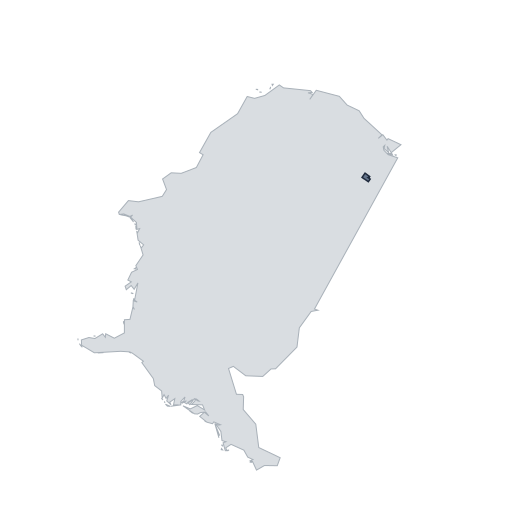 Spokane, Washington, United States of America shown in context, rotated 125°
{"feature_id": "52423323B30314962478279", "entity_name": "Spokane", "entity_type": "district", "adm_level": 2, "iso_a3": "USA", "parent_name": "United States of America", "parent_adm1": "Washington", "projection": "orthographic", "projection_center": [-117.293, 47.654], "detail": "fine", "context": "in_parent", "style": "filled", "palette": "slate", "viewbox_px": 512, "rotation_deg": 125, "n_neighbors": 0, "source": "geoboundaries", "source_scale": "gbopen_adm2", "svg_char_len": 4284}
<svg xmlns="http://www.w3.org/2000/svg" viewBox="0 0 512 512"><g transform="rotate(125 256 256)"><path d="M393.9,159.7L411.3,143.9L407.4,120.5L415.6,118.3L422.8,128.9L431.1,132.8L426.3,141.0L427.2,143.3L424.5,141.7L425.5,147.4L422.0,154.6L424.6,168.4L430.4,170.7L432.1,168.5L430.4,166.9L431.6,167.3L433.1,169.5L427.9,175.8L425.4,174.1L426.7,178.0L419.9,184.1L416.7,192.5L416.0,189.6L414.6,188.3L416.1,195.4L418.3,195.4L420.3,200.9L419.7,210.1L413.6,208.7L414.1,202.9L412.6,207.7L416.0,211.6L418.9,213.1L420.6,215.9L420.6,229.9L419.0,222.2L412.2,218.3L411.6,209.8L408.6,214.4L414.6,223.6L409.4,222.9L408.2,224.1L408.0,220.2L407.5,219.3L407.3,222.6L408.2,224.7L415.8,224.9L415.3,227.5L411.1,225.7L409.9,225.7L415.0,227.9L416.8,227.8L417.1,230.9L414.4,230.0L418.9,232.1L418.5,233.0L416.3,231.9L412.2,233.3L418.3,234.2L421.1,232.2L428.0,239.6L422.4,234.1L425.2,238.2L419.4,240.7L425.2,242.8L426.6,240.3L425.9,246.0L420.1,247.8L424.2,248.0L422.3,251.8L426.2,251.3L420.7,255.9L420.3,264.6L415.3,269.8L408.8,288.4L406.8,287.9L406.5,301.5L407.0,304.5L411.7,312.2L428.0,332.9L429.1,347.7L424.9,350.9L418.6,346.1L416.0,340.6L407.7,337.0L409.0,332.8L405.9,334.5L404.6,324.9L394.5,319.7L383.7,327.2L380.2,322.9L368.6,327.5L369.5,324.9L368.0,327.8L363.0,330.9L361.9,326.9L361.8,330.1L345.8,337.3L353.2,336.7L351.8,341.3L358.0,342.9L355.8,345.9L348.7,343.3L349.2,347.2L340.7,348.6L335.0,345.4L332.8,348.9L319.9,349.1L313.9,356.7L315.4,354.6L311.3,354.4L310.7,361.6L303.9,368.1L305.4,366.3L300.3,367.0L302.5,368.8L297.1,373.2L296.1,381.0L293.2,380.6L295.9,381.9L297.4,388.5L300.4,391.8L298.9,393.7L283.8,392.3L279.0,383.3L260.9,367.0L252.9,367.4L246.5,376.7L236.5,373.2L231.2,364.7L217.7,355.6L203.4,357.4L203.7,361.6L180.6,363.9L150.0,352.7L130.4,354.7L127.7,347.6L119.4,340.8L102.5,335.0L102.5,329.9L89.3,306.2L89.8,303.8L92.5,307.0L90.9,301.9L96.9,301.8L85.7,301.7L77.4,279.3L80.1,267.9L77.9,254.7L81.3,246.5L84.5,222.3L89.5,223.3L83.9,221.7L86.0,215.2L84.1,215.1L81.7,201.1L93.8,204.5L90.9,211.5L95.2,206.7L94.5,212.7L91.5,214.0L93.6,214.4L96.0,212.0L97.2,205.9L94.3,196.2L265.9,177.7L264.9,174.2L269.8,179.0L290.0,179.3L307.1,170.2L337.2,175.3L339.9,178.9L350.8,181.4L360.0,195.7L359.4,211.3L363.9,214.0L380.5,192.7L377.1,187.5L378.4,185.4L389.1,178.4L393.9,159.7ZM423.4,185.0L426.2,182.1L416.9,193.6L423.9,182.8L423.4,185.0ZM94.9,202.1L96.3,206.1L96.2,206.7L94.1,203.6L94.9,202.1ZM300.0,390.7L297.1,385.4L296.7,382.1L297.6,385.5L300.0,390.7ZM427.2,140.8L428.2,142.5L427.5,142.6L427.2,140.8ZM335.6,347.1L336.2,348.3L334.6,347.7L335.6,347.1ZM109.0,341.0L110.9,340.3L111.0,340.5L109.0,341.0ZM106.9,340.4L106.1,341.4L105.4,340.4L106.9,340.4ZM430.9,173.9L430.6,175.6L430.2,175.5L430.9,173.9ZM297.3,378.7L296.7,381.7L298.4,375.8L297.3,378.7ZM423.0,325.9L426.2,330.0L422.6,325.6L423.0,325.9ZM118.9,345.8L119.8,347.3L118.8,346.0L118.9,345.8ZM430.0,348.1L429.1,350.4L430.4,345.9L430.0,348.1ZM429.8,242.5L429.3,245.2L428.3,239.9L429.8,242.5ZM93.4,198.9L93.4,200.0L92.7,199.4L93.4,198.9ZM302.7,369.8L300.2,371.8L302.7,369.4L302.7,369.8ZM434.0,172.1L434.6,173.4L433.5,173.8L434.0,172.1ZM118.9,350.0L119.5,351.8L118.6,350.2L118.9,350.0ZM299.7,373.0L298.7,373.9L299.5,372.6L299.7,373.0ZM421.1,218.3L420.9,221.8L420.8,217.2L421.1,218.3ZM313.3,358.1L311.8,359.6L313.9,357.1L313.3,358.1ZM407.2,302.7L407.6,305.0L407.0,303.6L407.2,302.7ZM426.9,251.3L426.5,252.0L427.3,249.6L426.9,251.3ZM387.7,324.9L386.1,326.8L385.3,327.0L387.7,324.9ZM362.2,330.8L361.9,331.4L360.7,331.8L362.2,330.8ZM414.0,341.9L414.7,343.2L413.6,341.7L414.0,341.9ZM357.8,335.9L357.9,337.4L357.1,335.0L357.8,335.9ZM426.7,353.8L425.7,354.6L427.1,353.4L426.7,353.8ZM420.5,202.0L420.5,203.7L420.3,201.3L420.5,202.0ZM428.4,246.3L428.1,247.2L427.9,247.2L428.4,246.3Z" fill="#d9dde1" stroke="#a8b0b8" stroke-width="1"/><path d="M130.7,206.6L128.2,206.6L127.5,206.6L127.5,209.0L127.4,208.9L127.3,209.0L127.1,208.9L126.9,208.6L126.7,208.5L126.7,208.2L126.5,208.3L126.1,208.7L125.9,208.7L125.9,208.8L125.7,208.7L125.7,210.3L125.7,210.7L125.6,212.7L125.6,214.2L130.8,214.2L130.8,213.3L130.8,213.2L130.8,212.8L130.8,212.7L130.8,212.2L130.8,211.6L130.7,211.3L130.7,211.1L130.7,210.7L130.7,210.1L130.7,209.9L130.7,209.7L130.7,209.3L130.7,209.2L130.7,208.7L130.7,207.4L130.7,207.2L130.7,206.6Z" fill="#64748b" stroke="#1e293b" stroke-width="1.5"/></g></svg>